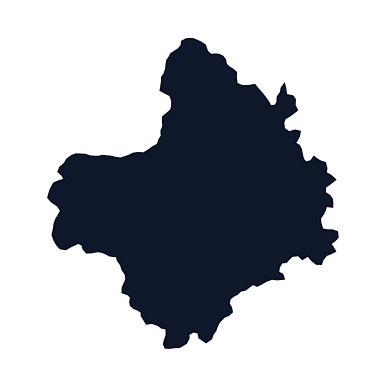 outline of Betim, Minas Gerais, Brazil, rotated 263°
{"feature_id": "56859067B86434852333511", "entity_name": "Betim", "entity_type": "district", "adm_level": 2, "iso_a3": "BRA", "parent_name": "Brazil", "parent_adm1": "Minas Gerais", "projection": "albers", "projection_center": [-44.196, -19.942], "detail": "fine", "context": "isolated", "style": "filled", "palette": "ink", "viewbox_px": 384, "rotation_deg": 263, "n_neighbors": 0, "source": "geoboundaries", "source_scale": "gbopen_adm2", "svg_char_len": 2947}
<svg xmlns="http://www.w3.org/2000/svg" viewBox="0 0 384 384"><g transform="rotate(263 192 192)"><path d="M228.4,61.6L224.0,65.5L220.0,66.5L219.4,62.2L217.6,55.8L211.6,51.6L207.8,49.9L204.0,48.3L199.3,51.4L194.8,56.7L189.4,59.5L184.7,56.1L182.0,53.8L177.2,51.4L172.2,50.1L166.5,48.1L161.0,49.3L155.8,51.5L152.0,54.2L150.3,59.7L152.5,64.8L153.7,68.6L155.2,72.8L152.6,76.6L148.6,77.1L144.5,79.8L144.1,84.9L144.5,91.0L143.4,95.0L141.4,98.8L138.9,102.1L137.8,105.8L137.2,109.5L133.5,109.6L128.2,112.4L123.0,113.4L118.5,115.8L113.5,116.0L109.7,113.7L105.5,111.3L100.6,110.5L98.1,115.8L94.9,118.3L90.6,117.0L86.8,117.2L83.7,120.0L81.6,123.8L78.9,127.1L75.3,126.7L71.4,128.5L66.6,130.7L66.8,136.1L63.9,142.0L60.9,145.1L59.3,149.8L52.8,149.0L47.8,146.5L44.3,145.3L40.5,146.5L39.7,151.1L39.9,155.5L39.4,160.6L42.5,167.8L47.2,171.1L51.0,171.3L53.1,176.4L51.6,180.9L46.3,181.4L40.9,187.7L44.0,193.4L48.2,195.4L51.4,198.5L55.1,200.3L59.3,203.0L63.9,208.7L65.3,213.5L68.0,217.3L72.6,216.9L76.8,215.1L81.3,216.7L83.9,221.0L85.1,224.6L87.8,228.0L88.4,233.3L90.9,237.3L93.0,241.2L90.7,245.1L92.3,249.7L94.5,254.9L95.9,260.7L94.7,265.8L94.4,272.9L99.2,271.9L101.8,268.0L106.9,269.4L110.9,272.8L110.8,277.0L113.2,279.7L116.1,283.5L116.1,289.8L111.7,293.3L114.6,299.3L109.7,302.4L105.3,306.7L104.6,311.6L108.6,313.4L112.8,317.7L114.0,322.5L115.7,327.1L120.1,325.2L123.6,323.1L126.1,327.6L129.1,331.3L134.8,331.4L137.1,326.7L137.7,321.9L139.2,317.1L145.5,315.9L150.3,316.1L153.6,319.2L157.0,321.6L161.6,323.6L159.9,329.6L163.7,330.2L168.0,330.2L171.7,328.2L175.1,324.1L180.5,324.9L183.7,330.9L186.8,335.9L191.7,331.7L194.7,327.4L199.3,328.6L204.9,327.8L206.6,323.9L208.8,320.8L212.3,317.3L208.4,313.8L207.6,308.8L211.0,306.5L216.2,305.9L221.3,305.5L225.1,304.1L228.0,300.4L230.7,302.8L234.5,305.3L238.9,306.7L240.8,301.8L239.7,295.7L243.7,291.3L249.7,291.3L253.6,293.4L255.1,297.3L257.6,301.8L260.4,306.5L265.5,304.7L271.4,305.7L275.1,303.6L277.0,297.5L283.4,297.5L288.2,296.9L284.3,293.3L280.2,292.2L276.3,288.5L270.6,287.4L267.8,285.0L267.8,280.4L271.8,279.1L277.2,276.2L282.0,273.2L286.4,270.1L290.9,267.4L290.5,261.3L291.3,254.8L294.3,249.7L300.3,249.8L305.5,250.5L309.1,247.2L311.4,244.1L314.9,241.5L319.3,241.2L322.8,239.2L324.9,236.1L325.9,232.5L326.1,227.4L329.9,224.3L336.2,223.1L339.8,218.8L341.9,215.3L344.1,211.4L344.6,205.1L342.8,200.2L338.9,199.3L335.7,196.0L333.8,192.0L331.9,188.1L328.6,185.7L325.5,183.1L321.3,181.9L317.1,180.9L312.7,178.8L309.6,176.0L305.5,175.4L301.3,174.3L296.7,172.9L293.8,177.0L290.5,181.9L285.1,183.2L279.5,182.5L275.7,180.7L272.8,176.2L270.2,172.2L265.5,171.5L260.9,171.3L256.4,168.8L251.6,168.6L247.6,165.5L243.4,163.5L241.5,158.5L239.0,154.1L236.5,148.7L237.6,143.1L237.5,138.5L235.9,133.8L234.2,125.2L235.5,120.3L237.3,115.4L239.0,107.6L238.6,102.7L239.2,99.0L240.1,95.0L242.2,90.7L243.0,86.0L243.8,81.3L242.8,77.1L239.8,71.8L235.9,68.9L232.6,63.9L228.4,61.6Z" fill="#0f172a" stroke="#020617" stroke-width="1.5"/></g></svg>